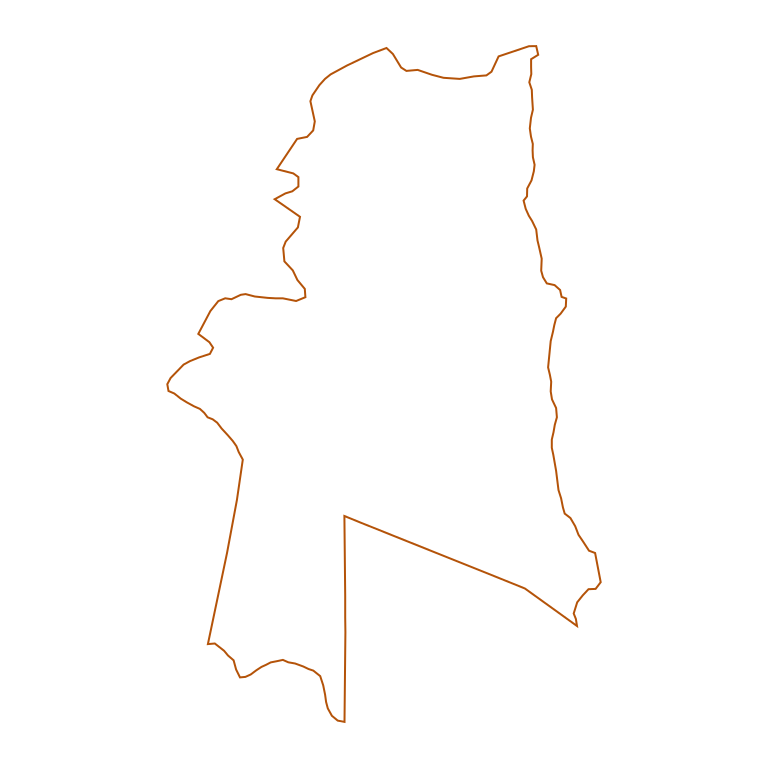 Catolé do Rocha, Paraíba, Brazil
{"feature_id": "56859067B20984323876399", "entity_name": "Catolé do Rocha", "entity_type": "district", "adm_level": 2, "iso_a3": "BRA", "parent_name": "Brazil", "parent_adm1": "Paraíba", "projection": "equal_earth", "projection_center": [-37.705, -6.33], "detail": "fine", "context": "isolated", "style": "outline", "palette": "amber", "viewbox_px": 768, "rotation_deg": 0, "n_neighbors": 0, "source": "geoboundaries", "source_scale": "gbopen_adm2", "svg_char_len": 2332}
<svg xmlns="http://www.w3.org/2000/svg" viewBox="0 0 768 768"><path d="M274.7,199.2L300.0,216.8L297.9,227.4L285.7,241.6L283.2,248.0L284.4,261.4L292.8,270.4L297.4,280.0L304.8,288.9L305.4,297.2L296.1,301.0L282.7,298.3L275.2,298.3L267.8,297.9L254.8,296.5L245.6,294.1L240.8,294.8L231.5,299.2L225.2,298.3L218.3,301.1L210.4,311.0L198.3,333.9L209.4,342.2L213.1,347.7L209.9,353.9L199.1,357.4L190.0,361.1L183.6,364.6L170.6,378.0L167.3,384.2L168.5,391.0L174.3,393.5L180.7,398.6L186.9,402.4L194.0,406.3L199.9,408.9L204.2,412.8L207.6,417.3L212.7,419.3L217.2,422.7L221.6,428.5L227.7,435.1L232.8,441.0L236.4,446.1L238.7,452.0L242.8,459.6L236.9,500.1L227.0,553.1L207.9,644.1L214.8,643.5L224.1,650.8L228.0,655.5L233.6,660.3L236.1,669.5L240.0,677.4L245.4,676.9L250.7,674.5L256.3,670.3L261.5,666.9L266.1,664.8L270.7,662.4L277.3,661.1L282.9,659.9L288.3,662.3L295.1,663.5L303.3,666.5L308.5,669.0L313.3,670.6L320.2,676.1L323.2,685.3L325.1,694.7L326.1,702.0L327.8,708.4L331.9,715.8L337.7,720.6L344.5,721.9L345.4,632.2L345.2,617.4L345.2,596.1L344.4,516.0L360.8,522.7L499.4,578.2L524.9,588.5L577.0,626.0L575.9,619.0L573.7,613.5L577.2,602.3L582.8,595.3L588.5,589.2L595.6,588.9L600.7,582.2L595.1,553.0L589.0,550.7L582.9,541.3L578.5,534.8L575.2,526.2L570.4,518.0L564.7,513.6L562.9,507.3L561.1,498.3L558.5,490.1L556.1,470.8L553.3,454.8L551.8,447.8L551.8,439.6L553.5,432.3L554.8,424.8L556.9,417.3L556.1,408.0L552.0,399.4L550.7,391.4L551.2,381.7L549.9,374.9L548.1,367.4L550.7,341.1L553.0,331.6L554.3,325.1L556.1,318.2L560.6,313.7L565.8,306.6L566.2,298.5L561.6,296.9L560.1,290.0L554.6,285.1L546.8,283.4L543.0,277.2L541.2,270.7L541.7,258.7L539.0,246.7L537.5,240.5L536.2,229.5L532.1,221.0L528.8,215.7L525.7,208.8L523.6,200.6L527.0,196.4L527.2,188.5L531.5,180.4L533.8,171.4L534.6,164.8L532.9,157.2L532.6,150.3L532.8,143.9L531.0,136.7L529.8,128.4L531.0,117.8L532.9,109.7L532.1,97.4L531.8,89.8L529.3,82.3L531.3,74.1L531.1,67.1L531.1,59.2L538.2,54.8L536.2,46.1L529.0,46.2L498.6,56.4L491.5,71.7L486.4,75.4L473.9,76.4L459.8,78.9L443.5,77.8L432.0,74.8L417.7,69.9L406.4,70.9L401.1,67.5L392.9,54.0L386.5,48.0L373.2,53.0L347.2,65.4L330.6,74.4L325.0,78.9L319.4,85.1L312.4,95.4L310.4,101.2L314.8,121.4L313.2,130.4L307.1,136.9L297.1,138.9L276.8,169.2L293.3,173.4L298.4,177.1L298.4,186.5L292.3,191.3L285.4,193.4L274.7,199.2Z" fill="none" stroke="#b45309" stroke-width="2"/></svg>